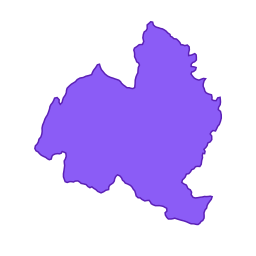 Engenheiro Navarro, Minas Gerais, Brazil (Natural Earth projection), rotated 174°
{"feature_id": "56859067B42311987852102", "entity_name": "Engenheiro Navarro", "entity_type": "district", "adm_level": 2, "iso_a3": "BRA", "parent_name": "Brazil", "parent_adm1": "Minas Gerais", "projection": "natural_earth1", "projection_center": [-44.019, -17.298], "detail": "fine", "context": "isolated", "style": "filled", "palette": "violet", "viewbox_px": 256, "rotation_deg": 174, "n_neighbors": 0, "source": "geoboundaries", "source_scale": "gbopen_adm2", "svg_char_len": 3846}
<svg xmlns="http://www.w3.org/2000/svg" viewBox="0 0 256 256"><g transform="rotate(174 128 128)"><path d="M63.3,28.2L61.8,30.4L61.5,32.4L61.3,35.7L60.0,38.4L58.2,40.1L57.4,42.7L56.2,44.5L54.2,46.7L52.6,48.4L51.5,50.9L53.3,51.6L55.3,51.5L57.4,51.6L59.1,51.9L61.4,51.6L63.3,51.6L66.0,51.4L68.4,51.4L70.5,52.2L72.1,55.0L71.5,57.6L72.5,60.0L74.7,61.5L75.9,65.1L78.3,66.6L80.2,68.3L79.2,70.8L77.8,71.8L76.2,73.3L74.8,76.0L72.3,76.3L70.4,78.0L69.0,79.9L66.8,80.5L64.9,82.5L62.7,82.6L60.6,82.2L59.0,84.2L58.1,87.9L57.0,90.7L57.0,92.9L56.2,95.0L54.5,94.5L53.8,96.7L54.7,98.9L52.6,100.5L51.1,102.3L50.2,104.7L47.6,105.7L45.9,107.7L45.6,111.3L46.9,113.5L45.6,115.4L43.8,116.6L41.3,115.9L39.8,118.2L38.6,120.3L36.9,121.9L35.4,124.9L34.2,128.1L33.9,131.3L34.3,134.9L36.3,136.9L35.7,139.2L33.9,141.6L33.3,144.1L33.2,146.5L33.2,148.9L35.6,148.6L37.5,146.0L40.0,146.4L41.6,147.5L41.2,149.9L41.5,152.3L44.3,153.4L46.6,154.8L47.7,156.6L48.1,159.2L48.9,161.5L48.6,163.9L47.4,166.9L45.7,168.9L47.8,169.4L49.9,168.9L52.4,168.2L54.8,169.2L56.8,170.6L58.3,172.7L59.7,175.2L58.8,177.0L56.8,177.4L54.7,178.8L53.9,181.0L55.7,181.8L58.7,182.6L58.5,184.8L56.8,186.4L54.8,186.9L52.9,188.5L52.6,191.4L52.6,193.6L53.8,195.0L57.3,193.9L60.1,193.7L59.9,196.3L58.8,199.4L58.7,202.3L60.3,204.3L63.0,204.0L64.9,205.0L66.6,205.2L67.5,207.6L68.8,209.5L70.5,211.4L73.2,212.1L74.5,213.8L76.1,214.7L76.5,216.7L78.5,218.4L80.1,220.5L81.8,221.9L83.4,223.0L85.3,223.6L87.1,224.5L89.0,225.2L90.5,226.1L92.0,227.9L92.4,230.7L94.3,231.3L96.0,230.0L98.2,228.5L98.5,224.8L99.9,222.9L101.8,221.9L103.0,219.4L103.8,216.1L103.3,212.4L104.9,209.6L108.2,209.7L110.6,208.1L113.2,206.8L114.1,204.9L113.7,202.7L113.7,200.7L114.0,198.2L113.1,195.6L112.4,192.9L110.7,191.6L110.0,189.4L111.4,187.2L112.0,184.3L112.4,181.8L113.5,180.2L114.7,178.0L115.8,174.9L116.3,171.3L117.1,167.5L119.0,166.7L120.7,167.1L122.6,167.9L124.9,168.2L126.7,170.0L128.1,171.2L129.8,173.2L130.6,174.9L132.1,176.5L134.0,177.4L135.6,178.1L137.6,179.1L140.2,180.2L142.9,181.8L145.3,184.2L146.8,186.5L148.4,188.9L149.2,191.6L149.7,194.4L151.8,194.1L153.9,191.4L156.2,189.0L157.5,187.0L158.6,184.9L161.4,184.3L164.4,183.9L167.3,182.9L170.5,182.7L173.4,181.5L175.4,179.6L177.4,178.6L179.6,177.6L181.6,176.2L183.0,175.1L184.4,173.9L185.2,171.9L185.7,169.5L187.0,167.2L189.1,164.8L190.0,162.8L190.9,160.3L192.9,158.6L193.9,160.7L193.5,163.3L195.3,165.7L197.9,165.4L199.0,163.2L200.4,161.1L202.3,159.2L203.4,157.4L204.0,155.3L204.9,153.2L205.9,151.1L206.9,149.3L208.3,147.6L209.6,145.7L211.2,142.3L212.6,139.8L213.5,136.9L213.7,133.7L214.3,131.1L215.6,128.2L217.7,126.2L218.7,123.4L220.0,121.6L222.0,119.9L222.8,117.3L221.9,115.0L219.8,113.5L218.8,111.9L217.1,110.0L215.0,108.6L212.8,107.3L211.3,105.8L209.6,104.7L207.6,105.1L206.5,108.0L205.1,109.2L203.1,109.8L200.9,109.9L198.8,109.5L197.1,109.9L195.9,111.5L194.2,110.7L192.5,109.6L192.4,106.4L193.6,103.6L194.9,101.9L195.0,99.7L194.9,97.3L195.5,94.9L196.2,92.0L197.0,89.2L197.3,86.1L196.7,83.6L196.1,81.2L194.2,80.2L191.4,80.8L189.5,80.5L187.9,80.0L186.0,80.7L183.4,80.6L181.9,79.5L180.4,77.8L178.1,77.1L175.5,76.1L174.0,74.0L172.1,72.6L170.1,73.3L168.4,71.6L166.4,70.1L164.7,68.1L161.6,66.3L158.8,67.2L156.6,68.4L153.7,68.8L153.2,71.6L151.9,73.2L150.1,74.1L148.4,75.1L147.2,76.7L146.6,78.8L145.3,81.0L143.4,82.5L141.2,81.3L139.7,79.2L138.9,76.7L137.5,75.3L136.5,73.5L134.3,72.4L131.5,70.6L130.0,68.6L129.2,66.7L127.8,64.6L127.3,62.1L127.0,59.6L125.3,57.6L123.2,57.2L121.5,55.4L118.9,53.7L116.6,53.9L114.5,53.8L113.5,52.1L112.8,50.3L111.2,49.1L108.9,47.9L106.9,47.7L104.8,47.5L102.9,47.0L101.2,46.4L99.8,45.4L97.9,44.1L98.0,41.3L100.0,39.8L99.9,37.4L98.8,35.1L97.4,33.3L94.7,33.0L92.8,33.1L90.9,33.4L88.0,32.1L84.9,30.8L81.9,29.7L79.6,28.6L77.7,27.5L75.4,26.2L72.4,25.8L70.2,25.0L68.4,24.7L66.5,25.8L65.1,27.4L63.3,28.2Z" fill="#8b5cf6" stroke="#5b21b6" stroke-width="1.5"/></g></svg>